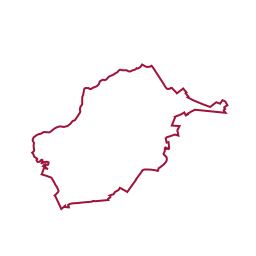 Misca, Arad, Romania (Natural Earth projection), rotated 331°
{"feature_id": "2599482B74682975600135", "entity_name": "Misca", "entity_type": "district", "adm_level": 2, "iso_a3": "ROU", "parent_name": "Romania", "parent_adm1": "Arad", "projection": "natural_earth1", "projection_center": [21.638, 46.618], "detail": "fine", "context": "isolated", "style": "outline", "palette": "rose", "viewbox_px": 256, "rotation_deg": 331, "n_neighbors": 0, "source": "geoboundaries", "source_scale": "gbopen_adm2", "svg_char_len": 5595}
<svg xmlns="http://www.w3.org/2000/svg" viewBox="0 0 256 256"><g transform="rotate(331 128 128)"><path d="M34.7,166.6L37.8,168.8L38.0,168.5L38.2,166.4L39.4,166.2L40.5,166.3L42.4,166.8L45.5,168.2L46.0,168.5L53.7,171.8L57.6,173.6L58.2,173.9L59.8,174.5L60.7,174.9L61.0,174.9L61.5,174.8L61.8,174.8L62.0,174.9L62.6,175.2L63.2,175.6L63.5,176.0L76.0,181.5L76.4,180.2L76.9,180.2L77.5,180.1L79.0,180.0L79.5,179.1L79.6,178.8L79.6,178.7L79.3,178.2L80.1,178.3L81.4,178.5L83.2,178.9L83.8,178.7L84.5,178.2L85.3,177.7L89.8,177.6L91.9,176.4L95.4,181.9L95.7,182.4L96.3,183.6L110.1,177.1L110.1,176.8L117.6,173.4L119.4,172.5L119.7,172.1L119.8,172.1L121.2,172.1L121.8,172.2L122.2,172.3L123.3,172.8L128.1,175.7L131.1,178.0L131.3,178.1L132.3,179.1L132.9,179.6L133.3,180.0L133.7,179.9L134.1,179.2L135.3,178.1L135.8,177.9L136.3,177.9L136.6,178.0L137.4,178.0L137.9,177.8L138.4,177.7L139.1,177.6L141.3,177.3L143.0,176.8L145.0,176.0L146.6,174.6L146.9,173.8L147.3,173.0L147.6,171.8L147.1,171.0L147.1,170.6L147.0,169.8L146.5,168.5L146.6,167.8L147.4,167.3L148.9,166.1L150.1,164.1L150.3,163.7L150.6,163.4L151.1,163.2L151.3,163.2L151.5,163.3L151.5,163.5L151.3,163.9L151.0,164.3L150.9,164.8L151.1,164.9L151.3,164.9L151.5,164.4L151.7,164.2L151.9,164.2L152.1,164.4L152.1,164.7L151.9,165.0L152.0,165.1L152.3,165.2L152.6,165.0L152.8,165.0L153.1,165.0L153.3,165.4L153.1,165.6L153.0,165.8L153.1,166.0L153.4,165.9L154.0,165.9L155.5,162.6L156.6,159.9L154.7,159.5L156.0,155.2L157.4,155.0L157.9,154.9L160.3,155.5L165.9,156.5L168.4,159.1L170.0,154.0L174.0,151.3L167.5,147.1L170.4,144.7L173.6,142.1L173.9,142.0L174.2,140.9L180.9,141.8L184.8,141.7L184.6,145.0L187.1,145.1L187.1,144.4L190.6,144.3L195.3,144.4L195.5,144.6L202.5,149.4L215.9,158.7L220.7,162.0L220.6,161.2L220.2,160.1L220.4,158.8L222.2,158.5L222.0,156.8L222.2,156.5L226.0,156.3L225.9,152.0L225.3,151.0L224.1,149.5L220.3,151.4L217.7,148.3L212.9,149.0L210.0,149.4L204.7,143.2L200.6,138.0L198.4,135.2L195.0,130.0L196.0,129.8L195.2,125.5L196.4,125.3L195.4,120.2L193.5,120.6L192.3,120.7L190.5,120.9L188.4,121.3L187.6,121.4L187.5,120.7L187.1,119.2L186.5,117.1L185.7,114.1L184.7,113.7L184.1,114.0L182.6,113.6L181.7,113.1L181.0,112.4L180.5,109.3L180.6,107.5L180.5,106.3L179.4,90.4L179.4,89.6L178.8,85.0L178.4,85.0L177.4,85.0L176.2,84.8L173.8,83.5L172.9,82.3L172.1,80.9L171.7,80.3L171.1,79.3L170.1,79.8L168.6,80.6L165.4,80.8L164.8,80.3L164.5,79.9L164.4,80.0L163.2,80.3L162.3,80.3L160.1,79.8L157.9,79.7L156.9,79.4L156.1,78.8L155.6,78.2L155.3,77.6L154.7,76.8L153.1,75.9L152.4,75.5L151.1,74.8L150.4,74.2L150.0,73.7L149.6,73.4L149.2,73.2L148.7,73.1L148.1,73.2L147.5,73.4L146.9,73.6L146.3,73.8L145.8,74.0L145.4,74.1L144.6,74.1L143.8,74.1L143.2,74.0L142.5,74.1L141.6,74.2L140.8,74.3L140.5,74.3L140.0,74.2L139.2,74.0L138.6,74.0L137.7,73.9L137.0,73.9L136.2,73.9L135.8,73.9L135.3,74.0L134.7,74.3L133.8,74.7L133.5,74.8L133.1,74.9L132.5,75.0L132.0,75.0L131.5,75.0L131.0,74.9L130.5,74.6L130.1,74.2L129.7,73.9L129.4,73.7L129.0,73.6L128.5,73.5L128.1,73.5L127.4,73.5L126.7,73.5L126.0,73.6L125.6,73.8L125.1,74.3L124.9,74.6L124.4,75.1L124.0,75.4L123.4,75.7L122.6,75.9L122.2,76.0L121.8,76.2L121.4,76.2L120.7,76.3L118.2,76.0L117.4,75.9L116.7,75.8L116.0,75.8L115.3,75.9L114.8,76.0L114.2,75.8L113.5,75.3L113.2,75.0L113.1,74.6L113.0,74.3L112.9,73.9L112.4,73.6L111.7,73.4L110.2,72.4L109.9,72.4L109.4,72.5L108.7,72.7L108.4,72.9L105.8,76.1L104.6,77.5L104.3,77.7L103.4,78.4L103.0,78.8L102.4,79.8L99.5,84.9L99.2,85.2L97.2,86.1L96.6,86.5L95.0,88.3L94.9,88.4L94.3,90.4L93.1,91.5L85.5,95.4L85.0,95.5L83.7,95.1L83.1,95.1L82.5,95.2L80.4,96.1L79.7,96.4L76.6,96.9L76.1,96.9L75.7,96.9L74.6,96.6L72.8,96.1L72.3,95.9L71.8,95.5L71.4,95.2L69.9,94.0L69.7,93.8L69.1,93.6L67.7,93.2L66.7,93.0L64.2,92.8L63.7,92.8L63.1,92.9L61.7,93.1L60.4,93.3L59.0,93.6L58.0,93.7L57.4,93.7L57.2,93.7L56.6,93.4L54.3,91.9L52.4,90.7L52.0,90.6L51.3,90.7L50.1,90.8L49.9,90.8L48.5,90.6L46.2,90.0L45.8,90.0L45.0,89.9L44.3,90.0L41.3,90.4L41.0,90.5L40.7,90.6L39.0,92.0L38.8,92.3L38.6,92.9L38.5,93.1L38.5,93.6L38.6,94.5L38.6,94.9L38.4,95.6L37.4,96.9L36.9,97.7L36.3,98.8L35.9,100.1L35.7,100.6L35.6,101.0L35.4,101.4L35.2,101.8L35.0,102.1L34.7,102.3L34.4,102.6L33.9,102.8L32.8,103.0L32.2,103.1L32.5,104.6L32.4,105.9L32.1,106.7L32.1,107.1L32.1,107.3L32.1,107.5L32.3,108.0L32.6,108.6L33.3,110.1L33.6,110.9L33.6,111.1L33.4,111.3L32.8,111.4L32.7,111.5L32.4,111.8L32.3,112.0L32.2,112.6L32.3,113.0L32.5,113.5L32.6,113.8L32.8,114.0L33.1,114.3L33.3,114.4L33.7,114.5L34.4,114.5L34.8,114.5L35.7,114.1L36.1,114.0L36.4,113.9L36.9,113.9L37.2,114.0L37.5,114.2L37.6,114.4L37.5,114.8L37.3,115.3L37.1,115.6L36.5,116.1L35.8,116.5L35.4,116.9L35.7,117.1L36.1,117.2L36.2,117.3L36.9,117.2L37.7,117.1L38.3,117.2L38.7,117.3L39.2,117.6L39.7,117.8L40.3,118.0L40.7,118.2L41.1,118.6L41.5,119.1L41.9,119.5L41.8,119.8L41.1,120.4L40.7,121.1L40.3,121.4L40.0,121.4L39.7,121.2L39.3,121.0L38.8,120.3L38.5,119.9L38.1,119.5L37.8,119.5L37.5,119.5L36.9,119.6L36.0,119.9L35.2,120.2L35.3,120.3L35.6,120.4L36.0,120.6L36.7,120.7L37.2,120.9L37.3,121.1L37.2,121.4L37.0,121.7L36.9,122.3L36.9,122.6L37.0,123.2L37.2,123.5L37.7,124.4L38.1,125.1L37.4,124.4L36.9,123.9L35.3,122.2L35.2,122.2L30.6,126.3L30.0,126.7L31.4,128.2L32.4,129.2L33.2,130.0L34.0,130.9L35.0,132.1L35.8,132.9L36.4,133.7L36.7,134.0L36.8,134.3L36.9,134.5L36.9,134.8L37.0,135.1L37.0,135.4L37.0,135.6L37.0,136.0L37.0,136.8L37.0,137.7L37.1,138.4L37.1,138.8L37.1,139.5L37.0,141.0L36.9,142.2L37.0,142.9L37.1,143.9L37.2,144.7L37.2,145.6L37.1,146.3L37.1,147.1L36.9,148.3L36.8,149.2L36.5,149.6L36.2,149.9L36.1,150.0L33.1,151.0L31.1,151.5L31.4,152.1L30.5,165.6L30.4,166.5L35.2,165.6L34.7,166.6Z" fill="none" stroke="#9f1239" stroke-width="2"/></g></svg>